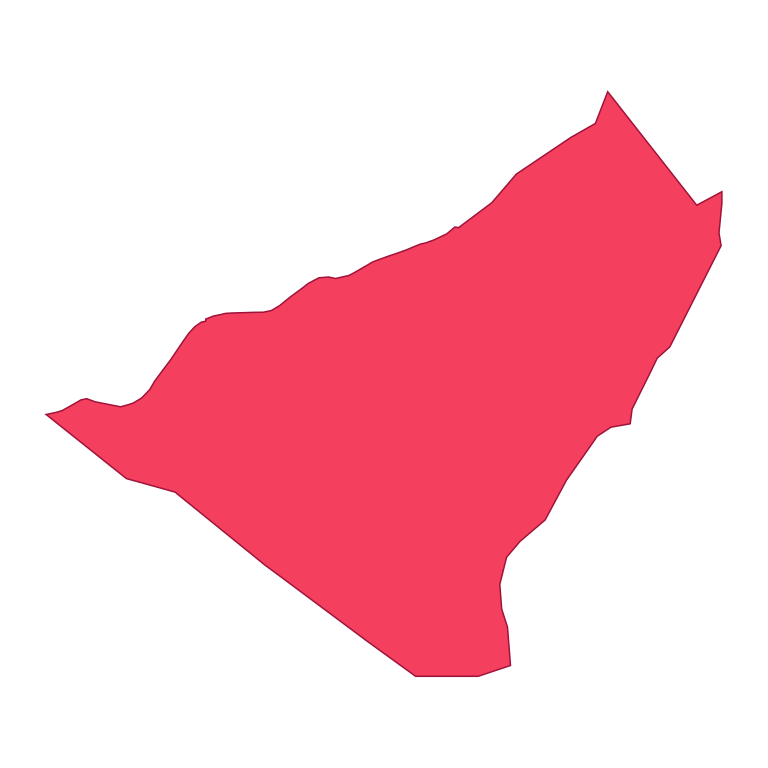 outline of Cedars, Castries, Saint Lucia
{"feature_id": "8701671B84964760406378", "entity_name": "Cedars", "entity_type": "district", "adm_level": 2, "iso_a3": "LCA", "parent_name": "Saint Lucia", "parent_adm1": "Castries", "projection": "natural_earth1", "projection_center": [-60.983, 14.006], "detail": "fine", "context": "isolated", "style": "filled", "palette": "rose", "viewbox_px": 768, "rotation_deg": 0, "n_neighbors": 0, "source": "geoboundaries", "source_scale": "gbopen_adm2", "svg_char_len": 1143}
<svg xmlns="http://www.w3.org/2000/svg" viewBox="0 0 768 768"><path d="M607.7,91.7L595.4,123.4L570.9,137.4L516.4,174.0L491.8,202.7L458.6,227.6L454.9,227.0L446.7,233.9L433.8,240.0L425.6,242.9L420.4,244.1L413.7,246.8L405.5,250.2L396.3,253.5L390.2,255.5L379.9,259.2L373.0,261.8L365.4,266.2L354.3,272.6L349.1,275.4L335.6,278.5L328.6,277.0L318.9,277.8L308.3,283.4L302.3,288.1L290.6,296.7L279.6,305.6L271.4,310.5L263.5,312.2L255.2,312.3L231.9,313.0L225.4,313.4L220.1,314.7L213.6,316.0L205.7,319.1L205.7,321.2L201.4,322.1L194.9,326.6L188.9,333.1L183.7,340.4L170.8,359.5L160.0,373.9L154.9,380.8L149.6,389.7L141.5,398.1L133.3,403.0L128.3,404.7L120.6,406.8L95.2,401.8L86.7,398.7L80.9,399.9L73.9,404.0L62.1,410.6L55.7,412.5L46.1,414.5L126.4,478.6L175.0,492.1L265.2,565.3L278.9,575.4L367.0,641.1L415.6,676.3L478.1,676.3L510.5,665.5L510.3,662.7L507.5,627.2L501.7,609.1L499.8,584.3L506.6,557.2L520.1,541.3L545.2,519.9L554.9,501.8L566.4,480.3L597.3,436.2L610.9,427.2L630.2,423.8L632.1,409.1L649.5,374.1L657.2,358.2L669.8,346.9L721.1,245.7L719.0,232.8L721.9,203.4L721.9,191.7L696.7,205.2L607.7,91.7Z" fill="#f43f5e" stroke="#9f1239" stroke-width="1.5"/></svg>